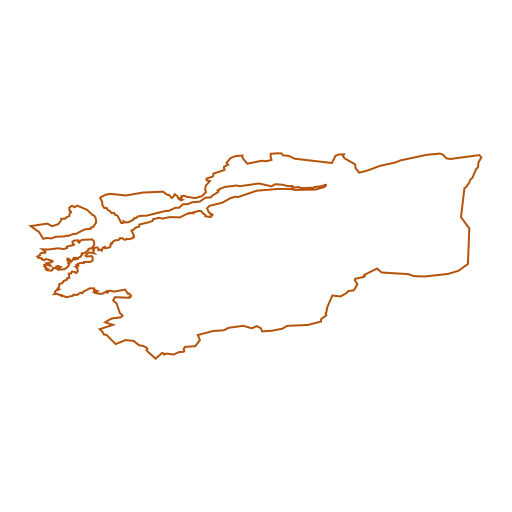 Hjelmeland nor, Rogaland, Norway (Equal Earth projection)
{"feature_id": "86288312B13309254360301", "entity_name": "Hjelmeland nor", "entity_type": "district", "adm_level": 2, "iso_a3": "NOR", "parent_name": "Norway", "parent_adm1": "Rogaland", "projection": "equal_earth", "projection_center": [6.272, 59.206], "detail": "fine", "context": "isolated", "style": "outline", "palette": "amber", "viewbox_px": 512, "rotation_deg": 0, "n_neighbors": 0, "source": "geoboundaries", "source_scale": "gbopen_adm2", "svg_char_len": 5919}
<svg xmlns="http://www.w3.org/2000/svg" viewBox="0 0 512 512"><path d="M467.9,264.0L469.3,228.5L461.0,217.1L464.4,188.3L466.1,187.0L469.3,182.5L470.1,180.0L472.5,177.6L476.0,169.4L478.0,167.2L478.4,162.6L481.3,157.4L479.4,155.1L450.2,159.0L446.5,158.4L443.0,154.7L439.8,153.6L426.8,154.8L400.5,160.4L395.3,162.5L379.9,165.9L367.8,170.4L359.2,172.7L355.8,168.6L355.0,164.3L344.7,158.4L342.9,156.1L343.9,154.3L338.8,154.5L335.6,155.7L331.9,163.0L294.6,158.7L288.6,155.8L283.0,155.4L281.5,153.4L277.4,153.3L270.7,153.8L270.6,156.5L271.5,159.9L271.0,160.1L266.2,161.2L261.6,160.8L247.3,163.7L242.5,157.9L242.5,155.6L239.4,155.8L235.7,156.1L230.7,157.9L226.5,162.9L228.1,164.8L224.0,166.7L224.4,170.0L213.3,173.7L213.3,175.7L212.7,176.6L206.5,178.6L206.7,180.3L209.9,181.1L205.8,185.7L205.1,189.2L206.0,192.1L202.0,196.1L195.4,198.1L186.5,196.8L184.6,195.8L181.7,196.0L182.0,197.0L180.3,197.9L180.7,198.9L182.5,199.7L180.9,200.3L178.3,198.5L177.5,196.4L174.8,194.2L173.1,197.1L171.6,197.9L169.3,195.1L166.9,194.6L163.2,191.7L143.1,192.5L125.8,195.5L110.2,193.8L105.7,194.7L100.5,197.3L100.1,198.2L102.2,201.7L102.2,204.7L104.3,208.0L106.9,208.1L107.6,209.8L109.8,211.0L111.5,213.1L114.0,212.9L115.2,214.9L117.5,215.6L121.3,223.0L123.3,222.9L124.3,222.1L124.0,221.6L126.1,222.5L128.9,222.1L133.8,219.4L133.9,218.4L136.4,217.9L137.4,216.7L139.9,215.9L146.4,215.7L165.4,211.0L168.6,210.9L175.3,207.8L179.1,207.7L183.0,204.2L187.8,204.1L192.0,202.3L199.8,201.6L205.4,197.7L210.9,197.4L212.1,195.8L217.7,192.3L218.2,191.8L217.6,190.4L219.1,190.1L219.3,189.1L225.1,186.9L236.6,185.5L239.9,186.2L259.0,183.5L271.4,186.3L275.3,184.2L283.2,184.8L287.1,186.1L292.4,186.0L292.7,186.5L291.9,187.0L292.8,187.6L298.6,187.0L300.7,188.1L313.6,187.7L314.6,187.0L321.9,186.2L324.9,184.9L325.9,184.9L325.8,185.7L324.2,187.1L315.3,189.6L294.7,189.9L290.3,189.0L278.4,188.9L256.7,190.7L238.0,197.1L235.7,196.7L230.7,198.0L222.2,202.7L209.3,205.9L207.1,208.3L208.7,212.1L210.4,213.1L209.7,213.0L210.0,213.6L212.4,214.5L212.4,215.4L211.1,215.6L210.7,217.0L205.3,216.3L205.4,214.9L203.5,213.9L201.3,211.2L199.1,210.8L192.7,212.6L193.1,213.2L189.4,213.0L189.4,213.5L187.0,213.8L180.0,217.4L169.9,217.1L162.2,218.6L159.2,217.8L153.0,219.2L152.6,220.9L149.1,222.2L139.4,224.5L139.1,226.5L135.1,227.9L134.2,229.3L131.5,230.5L134.0,235.7L133.0,237.4L133.5,237.6L132.4,238.3L128.8,239.2L126.5,238.8L126.0,239.6L124.5,239.7L121.6,238.0L119.6,238.4L119.6,239.2L118.4,240.0L114.4,240.5L113.0,241.7L112.1,243.4L111.6,243.3L111.8,243.7L110.4,244.5L110.6,246.2L109.8,247.3L105.8,248.3L104.7,248.0L104.7,246.9L103.0,247.5L101.7,250.7L100.3,249.6L98.4,250.1L98.4,248.9L97.4,247.4L94.1,247.8L93.0,249.7L94.0,249.9L93.3,252.4L94.3,253.4L89.6,252.4L87.4,253.5L85.6,255.8L86.6,256.5L91.7,256.1L92.6,257.3L92.7,260.5L90.3,262.0L84.7,261.9L84.0,262.0L83.8,263.1L81.8,262.8L77.8,263.7L77.1,264.7L77.6,265.2L76.6,265.2L77.2,266.1L77.9,265.9L77.8,266.5L75.7,266.8L77.2,268.1L77.8,271.5L75.9,273.1L74.8,271.9L71.7,271.7L70.9,273.6L68.8,273.6L69.4,277.7L67.0,278.3L67.1,279.6L63.9,280.8L64.3,280.4L63.8,280.8L63.4,281.4L63.4,281.9L62.0,283.2L59.2,284.1L59.3,286.3L57.6,288.7L59.1,289.3L55.6,290.8L55.0,291.6L55.3,293.1L54.3,294.1L57.3,293.8L58.9,294.8L61.7,295.0L61.6,296.1L63.6,296.0L66.2,297.2L72.7,295.9L73.4,294.7L76.9,295.0L80.5,292.7L82.4,293.2L83.3,291.7L90.1,288.2L94.2,288.5L94.1,289.5L95.9,290.5L94.1,290.8L93.7,291.9L97.2,291.5L95.6,293.0L99.9,293.9L102.4,293.7L104.5,292.4L108.6,292.6L106.3,291.6L106.8,291.0L110.5,290.8L114.1,291.6L125.1,289.6L127.9,293.7L129.4,293.6L129.4,294.4L131.0,295.5L130.7,296.7L129.2,297.2L130.2,297.8L115.0,297.2L113.2,300.5L116.5,303.4L120.0,313.3L122.6,315.5L121.0,317.3L111.9,318.5L109.0,319.9L105.2,322.3L112.9,324.9L99.7,329.2L102.0,331.2L104.0,334.6L106.4,334.8L115.7,344.1L125.3,340.1L133.6,340.9L139.0,345.2L143.3,346.0L146.8,347.8L147.3,349.2L146.5,350.1L147.5,351.4L155.6,358.7L162.0,353.0L163.7,353.4L163.9,354.5L167.0,353.6L173.7,354.5L179.1,352.1L183.6,351.8L184.2,351.4L183.7,348.7L185.0,346.9L195.3,346.2L199.9,340.0L197.8,335.0L213.2,331.0L223.8,330.3L228.6,327.8L243.3,325.8L251.8,328.3L256.7,326.1L260.8,328.2L262.2,331.4L272.0,330.7L282.3,328.7L287.0,325.9L308.3,324.9L321.0,321.5L321.2,319.0L326.3,315.4L325.6,313.3L326.2,312.9L327.4,306.8L332.4,295.5L340.4,296.5L346.5,293.1L348.4,291.0L353.3,290.5L354.5,289.4L357.4,284.1L354.8,280.3L355.2,278.8L363.6,277.0L364.6,276.2L363.9,275.4L364.5,274.8L377.1,268.5L381.6,272.5L408.1,274.1L413.9,276.1L424.7,276.5L448.2,273.9L458.4,270.8L467.9,264.0ZM43.2,238.8L46.3,238.0L51.7,238.4L55.6,236.8L64.7,236.4L66.7,235.5L68.0,236.0L73.7,233.9L75.4,234.1L84.7,229.4L90.8,228.7L90.9,227.5L93.0,227.1L96.1,222.7L95.8,218.7L94.5,215.9L92.1,214.6L87.2,209.9L77.2,205.6L74.5,207.3L72.0,205.7L69.3,207.7L69.5,210.9L70.6,211.2L71.0,212.3L69.7,213.6L69.4,216.0L65.8,217.7L65.3,218.7L61.2,218.8L61.4,220.0L58.3,224.1L52.1,226.2L47.3,223.6L30.7,226.1L39.1,232.1L43.2,238.8ZM78.1,240.3L74.1,240.6L72.4,241.7L73.0,244.4L74.8,244.7L67.3,246.5L66.7,246.8L67.0,248.0L63.6,249.1L58.4,248.3L48.1,249.5L42.2,249.3L45.4,251.6L45.3,252.7L41.4,253.0L39.9,254.2L39.9,255.4L37.8,256.3L38.3,256.5L37.9,257.6L42.0,258.5L41.9,259.4L44.1,260.2L46.0,259.0L52.5,261.0L52.5,261.6L50.3,262.6L46.8,263.2L51.6,266.3L46.4,264.6L44.7,264.8L45.0,265.6L44.2,265.6L44.3,266.7L46.1,267.3L46.6,268.3L46.0,269.0L47.0,269.1L46.2,269.6L46.7,270.1L51.3,270.7L52.7,269.6L52.9,267.8L55.5,268.2L56.4,266.3L58.2,266.0L60.6,267.0L57.1,268.8L57.7,269.7L64.7,269.2L68.6,266.0L69.1,264.1L68.1,263.5L68.5,262.0L69.3,262.1L67.2,260.0L67.4,258.7L68.5,258.6L69.9,259.9L69.4,259.9L69.8,261.5L70.8,261.6L72.0,261.1L73.8,257.9L75.8,257.9L75.4,258.7L75.9,258.8L74.4,258.9L74.9,259.5L77.9,258.8L78.1,258.0L80.9,256.4L81.4,254.5L82.2,254.5L81.9,253.4L84.7,253.0L88.3,250.1L88.5,248.8L91.8,248.1L94.2,244.9L94.1,241.4L92.0,239.4L82.9,239.8L80.2,240.7L79.3,242.6L78.3,242.1L78.1,240.3Z" fill="none" stroke="#b45309" stroke-width="2"/></svg>